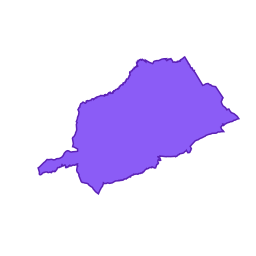 outline of Bogati, Arges, Romania, rotated 239°
{"feature_id": "2599482B4479215659380", "entity_name": "Bogati", "entity_type": "district", "adm_level": 2, "iso_a3": "ROU", "parent_name": "Romania", "parent_adm1": "Arges", "projection": "albers", "projection_center": [25.17, 44.885], "detail": "fine", "context": "isolated", "style": "filled", "palette": "violet", "viewbox_px": 256, "rotation_deg": 239, "n_neighbors": 0, "source": "geoboundaries", "source_scale": "gbopen_adm2", "svg_char_len": 5826}
<svg xmlns="http://www.w3.org/2000/svg" viewBox="0 0 256 256"><g transform="rotate(239 128 128)"><path d="M167.7,196.5L168.8,194.5L169.6,192.4L170.0,188.9L170.9,187.5L171.6,185.4L171.7,184.3L170.8,183.0L170.5,182.3L173.1,180.2L177.2,177.9L175.6,177.3L179.6,175.6L179.6,175.2L179.2,174.9L179.1,174.5L179.3,174.3L180.3,174.1L180.5,173.0L180.3,172.8L180.1,172.1L180.6,171.6L180.3,171.3L180.4,170.8L179.7,170.7L179.9,169.3L179.1,169.4L178.8,169.0L178.8,168.7L177.9,168.6L177.1,167.7L176.7,168.3L176.1,168.3L175.8,168.0L176.5,166.5L176.5,166.1L176.1,166.1L176.0,165.6L176.3,164.8L176.6,164.5L175.6,163.8L175.6,163.4L175.9,163.0L175.9,162.6L175.6,161.8L175.1,161.5L175.0,160.9L175.3,160.2L174.5,158.9L174.5,158.4L174.9,158.2L174.0,157.6L173.0,157.5L172.4,156.6L172.0,156.6L172.0,155.6L171.3,155.2L171.1,154.5L170.8,154.4L170.1,153.2L170.1,152.9L170.7,152.1L170.2,151.2L169.3,150.7L169.5,150.0L169.3,149.5L168.4,149.0L169.1,147.1L168.6,146.4L167.8,146.3L167.7,146.0L167.8,145.5L168.3,145.0L168.3,143.1L167.6,142.6L167.7,141.5L167.4,141.1L166.9,141.0L166.5,140.0L167.1,139.4L166.8,139.0L166.8,138.4L167.1,137.9L167.2,137.2L166.8,135.6L167.2,135.0L166.7,134.7L166.9,133.8L165.9,133.5L165.7,133.1L165.8,132.4L166.3,132.3L166.2,131.8L166.6,131.5L166.6,131.1L167.8,131.1L167.7,130.8L167.2,130.5L167.3,130.3L168.1,130.1L168.1,129.5L167.8,129.3L167.7,128.3L166.9,127.8L167.0,127.3L167.5,126.8L167.3,126.4L167.5,125.9L167.9,125.6L168.3,125.8L168.5,125.2L167.5,124.4L168.0,123.8L168.7,123.5L169.1,122.2L169.9,121.6L169.9,119.9L170.7,117.0L170.1,116.6L170.8,115.6L170.3,114.7L170.1,113.2L170.9,113.3L171.0,112.9L171.4,112.5L171.5,112.1L171.2,111.6L171.2,111.1L170.8,110.4L171.1,110.2L171.6,107.9L172.2,107.7L172.6,106.3L172.5,105.9L171.6,105.9L171.2,104.4L171.3,104.1L173.4,102.8L173.1,101.6L173.1,99.9L171.6,98.0L170.8,97.6L170.7,97.3L170.8,96.6L170.1,95.7L169.6,94.6L166.9,94.2L164.6,92.3L163.3,90.4L161.7,89.1L160.0,86.9L159.0,87.2L157.6,85.5L153.4,83.4L152.3,82.6L150.7,80.4L150.0,79.9L148.4,77.1L148.4,75.9L147.7,75.0L142.7,73.1L140.5,70.9L139.8,71.7L136.0,74.0L134.1,72.9L134.1,72.4L136.1,68.4L136.5,67.1L137.3,66.2L138.9,65.4L139.6,64.6L139.9,63.4L139.8,62.4L139.1,60.1L138.4,59.4L138.1,58.7L137.6,58.2L137.6,57.5L137.1,56.4L137.2,53.9L137.4,53.0L138.2,51.6L138.5,50.7L138.4,49.1L139.0,47.8L140.6,46.3L141.6,43.9L142.7,42.4L141.8,39.4L141.7,38.2L140.1,31.7L140.1,30.4L135.7,29.3L134.8,28.6L133.9,28.2L133.2,28.5L132.9,29.2L132.9,30.5L133.3,31.1L133.2,32.0L133.4,32.5L133.2,33.1L132.9,33.4L132.9,34.2L132.0,36.0L131.3,36.2L130.7,36.9L130.4,38.4L129.2,39.2L129.2,39.7L129.6,40.1L129.7,41.2L128.5,42.4L128.8,42.9L128.2,43.4L128.8,44.5L129.0,45.5L130.1,46.9L130.2,47.7L129.8,48.0L129.5,48.9L129.8,49.5L129.3,50.0L129.2,51.5L129.5,51.8L130.3,52.0L130.6,52.6L128.9,52.8L128.8,54.9L127.1,54.7L125.7,53.9L126.5,55.2L126.2,55.6L125.9,55.3L125.6,55.4L125.6,56.5L125.4,57.1L126.1,57.8L126.1,59.0L125.8,59.0L125.4,58.6L124.7,59.8L124.6,61.9L124.1,62.3L123.5,63.2L123.6,63.7L123.4,64.1L123.6,64.2L123.6,64.5L123.3,64.7L123.5,65.2L123.2,65.6L123.4,66.1L123.2,66.3L122.8,65.7L121.5,64.9L121.2,65.2L120.5,64.1L118.4,62.4L117.8,62.1L116.2,61.8L115.4,62.1L113.2,62.0L112.9,61.6L112.2,61.3L106.1,60.3L104.9,60.7L104.0,61.9L103.3,62.4L101.6,64.4L100.5,65.1L99.6,65.0L97.2,65.9L95.4,66.9L93.7,66.8L90.0,67.4L86.8,68.7L89.2,72.0L89.6,72.9L90.1,73.4L91.5,76.6L92.0,76.8L92.5,77.7L93.7,78.7L92.5,79.2L91.6,81.0L91.5,82.3L90.1,83.6L89.1,86.2L89.1,88.9L89.0,89.1L89.1,89.9L87.4,93.2L87.7,93.4L87.2,94.0L87.2,94.6L86.6,94.9L86.6,96.1L85.9,96.6L86.0,97.8L86.2,98.1L86.0,98.3L86.1,98.6L86.0,99.1L85.2,100.3L85.5,100.7L85.3,102.2L85.6,102.5L85.6,103.0L85.3,104.0L85.5,104.7L85.0,104.8L85.3,105.2L85.1,105.4L85.4,105.6L85.5,106.7L85.0,108.6L85.5,109.0L84.7,110.1L84.5,111.1L83.2,112.8L83.5,113.5L82.6,115.4L82.8,115.9L82.5,116.1L82.1,117.3L82.2,117.6L82.5,117.6L82.6,118.5L82.4,118.6L82.4,119.0L83.1,120.6L83.3,121.3L83.3,122.3L83.7,123.0L83.1,123.4L82.8,124.8L83.1,125.8L82.6,126.8L81.9,127.7L82.3,128.1L82.3,128.6L81.7,129.1L81.1,129.2L80.8,129.8L80.0,130.2L79.6,131.1L81.7,133.7L81.9,134.5L81.7,134.9L82.3,136.1L83.2,136.1L84.3,136.5L85.1,137.4L85.3,137.8L84.9,138.1L83.9,138.3L83.5,139.3L84.9,139.8L87.6,138.8L88.0,138.9L86.9,140.8L87.5,141.0L83.6,146.1L83.6,146.5L81.5,149.8L79.5,153.7L79.3,154.0L78.9,154.0L78.7,155.9L79.1,156.6L78.9,158.2L79.1,158.7L79.3,158.8L78.2,161.9L78.0,162.9L78.5,164.7L78.4,166.3L78.6,166.5L75.9,166.6L75.6,167.5L75.4,167.7L75.4,168.6L76.4,169.9L76.5,170.3L77.4,171.1L77.5,171.6L80.3,171.9L82.4,179.0L82.1,181.2L81.8,181.7L81.9,184.2L81.5,186.6L81.4,189.1L81.2,189.7L81.5,191.0L81.0,193.8L80.2,196.0L80.2,197.2L78.2,200.8L78.1,202.0L78.2,202.9L78.1,203.4L77.4,204.4L76.7,206.3L75.6,208.2L77.0,208.1L78.4,207.6L81.0,207.9L81.0,208.6L81.1,209.0L81.6,209.4L81.7,210.0L81.6,210.8L81.0,211.0L81.0,211.5L82.1,211.2L82.5,211.3L81.5,212.5L81.3,213.3L81.3,215.6L80.7,217.9L80.6,219.2L80.2,219.8L79.8,221.2L80.1,222.5L79.5,224.2L79.5,225.8L78.9,227.8L81.8,227.6L85.7,226.2L88.2,224.3L89.1,224.4L90.6,224.1L92.2,224.3L92.7,223.5L92.6,222.1L95.2,222.0L98.2,220.8L100.8,221.0L102.4,221.4L102.9,221.9L103.7,223.3L104.3,223.5L104.9,225.0L118.3,224.4L120.5,221.8L122.5,221.1L122.5,220.8L123.0,220.3L124.9,219.6L125.7,217.7L125.8,215.0L126.0,214.0L141.2,214.0L142.7,213.7L143.2,214.5L144.3,213.4L145.2,213.4L145.9,213.9L146.5,213.9L147.4,212.8L150.1,213.3L151.5,213.3L151.8,212.9L153.1,213.2L159.7,213.2L159.7,211.8L159.3,210.7L159.4,208.2L159.2,207.6L158.7,207.7L158.5,207.3L159.0,207.1L159.0,206.7L158.6,206.6L159.0,205.4L159.5,205.3L159.6,205.0L159.7,204.5L159.2,204.3L159.3,203.8L160.0,202.3L160.5,202.2L161.2,200.5L162.7,200.7L165.4,200.5L165.5,199.9L165.3,199.8L165.3,199.5L165.6,199.5L166.1,198.6L165.9,198.1L166.1,198.0L166.2,197.3L165.8,197.1L165.7,196.0L167.4,195.6L167.7,196.5Z" fill="#8b5cf6" stroke="#5b21b6" stroke-width="1.5"/></g></svg>